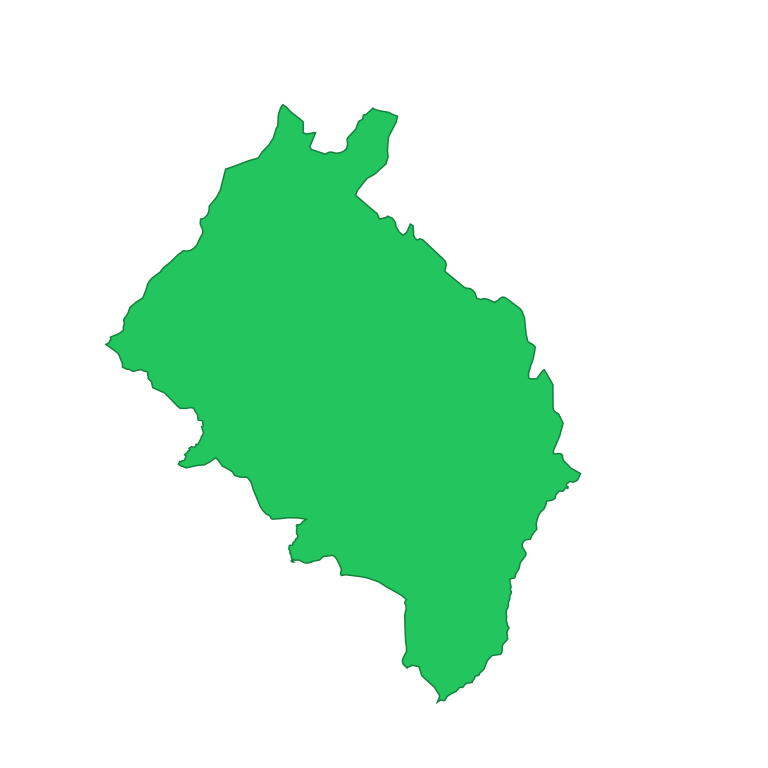 the district of Kapanga, Katanga, Democratic Republic of the Congo, rotated 217°
{"feature_id": "63176286B41140464701712", "entity_name": "Kapanga", "entity_type": "district", "adm_level": 2, "iso_a3": "COD", "parent_name": "Democratic Republic of the Congo", "parent_adm1": "Katanga", "projection": "orthographic", "projection_center": [22.662, -8.489], "detail": "fine", "context": "isolated", "style": "filled", "palette": "green", "viewbox_px": 768, "rotation_deg": 217, "n_neighbors": 0, "source": "geoboundaries", "source_scale": "gbopen_adm2", "svg_char_len": 6171}
<svg xmlns="http://www.w3.org/2000/svg" viewBox="0 0 768 768"><g transform="rotate(217 384 384)"><path d="M629.9,248.2L619.4,248.5L615.0,248.3L613.7,248.0L605.1,242.8L604.3,241.7L602.9,240.0L600.6,240.5L600.3,240.9L598.7,240.8L596.6,242.3L592.0,243.0L588.0,248.0L586.0,249.5L583.5,249.8L580.6,251.2L579.4,251.1L578.3,248.9L576.6,248.1L575.9,246.6L571.0,245.8L568.3,243.4L566.4,241.9L555.7,244.4L555.3,244.7L552.9,244.8L550.4,244.1L549.3,244.2L535.4,242.0L532.1,241.9L527.3,245.4L524.4,248.7L521.4,250.1L518.1,248.3L516.1,248.1L513.4,246.3L511.1,243.6L510.1,243.5L507.6,245.1L506.4,245.3L505.3,244.3L505.1,243.2L503.7,242.6L503.3,241.3L504.0,240.1L498.9,236.5L497.9,233.2L498.3,232.5L497.4,230.6L496.3,223.8L497.9,222.7L496.9,221.3L496.9,220.4L497.4,219.4L500.1,217.9L501.0,215.2L499.2,214.6L499.1,214.0L500.2,212.6L499.9,210.6L500.8,207.5L498.6,207.3L497.8,204.2L497.7,202.8L499.4,200.4L499.2,199.5L500.4,199.3L500.0,196.2L496.3,196.3L495.3,197.1L492.3,197.6L491.2,198.2L483.5,207.3L478.9,211.2L475.9,217.5L475.2,220.4L473.9,223.8L470.4,223.3L463.9,221.2L457.7,222.2L452.4,222.7L448.2,221.1L442.9,223.0L437.0,227.2L430.9,225.5L424.4,220.7L409.6,212.0L405.0,210.1L400.3,209.3L396.5,209.8L394.8,209.8L393.8,208.8L391.9,208.8L386.0,213.9L379.8,219.7L371.6,225.6L364.7,229.2L366.1,225.1L366.1,221.5L368.3,219.6L368.9,218.6L368.4,217.7L367.3,217.4L365.4,213.8L363.6,211.8L361.7,211.2L361.0,210.3L360.6,208.3L361.2,207.2L360.6,205.0L361.1,203.0L360.9,201.8L360.0,200.3L360.7,199.5L362.1,198.7L362.3,197.8L360.7,195.0L358.5,193.9L357.1,192.0L355.3,191.5L353.3,189.4L352.3,189.4L351.8,189.0L351.7,187.1L351.4,186.6L350.1,186.7L348.9,187.6L350.4,187.9L351.0,189.3L349.0,189.7L346.8,191.7L344.2,192.7L341.4,192.9L338.6,194.0L337.0,195.2L335.7,197.0L334.8,197.6L334.2,199.4L329.5,204.8L328.8,209.4L322.3,215.9L319.4,216.6L316.2,215.6L309.4,212.1L305.8,209.8L305.7,208.6L304.3,205.9L302.8,205.4L299.9,208.5L296.6,210.5L284.0,217.6L279.2,219.6L269.2,222.8L259.5,223.5L246.9,225.3L242.9,225.7L236.7,225.5L236.2,222.6L235.5,221.5L233.3,220.4L231.1,218.0L229.7,214.7L228.2,211.7L218.3,199.2L216.4,196.9L214.6,194.8L211.2,190.6L209.2,188.9L207.6,187.2L205.0,183.9L204.0,177.4L202.6,173.7L200.1,171.7L196.1,171.3L194.6,171.0L194.6,172.1L192.6,175.2L192.6,176.1L186.2,179.2L184.4,178.2L180.7,175.5L178.7,174.1L175.5,173.4L168.9,172.9L161.3,172.2L160.2,171.8L156.1,170.1L152.5,168.9L151.4,167.7L149.9,162.0L148.4,166.1L145.6,167.0L145.0,168.4L145.5,171.2L145.2,173.7L144.2,176.4L141.4,182.0L141.2,186.4L140.7,187.4L138.7,188.9L138.3,190.2L138.7,192.6L138.1,194.0L137.4,195.2L134.1,198.6L134.5,199.8L134.5,203.3L135.1,204.1L135.1,206.0L134.5,206.9L133.4,207.6L133.0,209.1L133.5,210.6L133.4,212.4L133.1,212.6L132.6,216.3L134.9,225.0L134.8,228.9L134.2,232.5L133.6,232.9L128.3,238.2L128.2,239.1L128.4,240.6L128.9,241.7L132.1,246.4L132.1,247.4L132.3,248.2L131.7,253.0L132.0,255.1L133.0,256.1L134.9,258.2L136.5,259.2L136.2,260.1L137.1,261.4L137.2,264.0L138.3,265.0L139.8,265.2L142.5,267.8L144.5,268.9L145.3,271.3L148.5,274.4L150.0,276.7L150.5,279.8L151.3,281.9L153.3,284.6L154.1,287.8L156.0,290.7L156.6,293.8L157.5,294.9L159.7,296.0L160.1,298.1L165.1,302.6L165.8,303.8L165.6,305.0L163.5,306.8L163.0,308.0L164.6,312.3L165.1,318.1L167.3,322.5L167.7,324.2L167.6,332.0L168.0,333.1L168.4,333.8L169.1,334.6L175.1,336.9L176.8,338.6L177.4,339.9L177.7,341.4L177.4,343.9L176.6,345.5L173.7,348.1L174.7,352.1L174.9,354.9L174.6,360.0L178.3,363.9L180.1,367.6L181.5,372.5L181.9,375.8L181.0,380.5L182.2,385.2L183.4,387.6L183.2,388.9L180.5,391.5L178.9,394.2L178.6,396.2L180.1,398.7L179.6,403.8L177.0,405.9L176.4,406.8L176.5,410.1L176.1,410.6L174.6,411.1L174.4,411.7L175.0,412.5L177.6,412.7L177.9,413.2L177.9,415.3L177.3,416.2L177.3,417.3L176.8,418.0L174.0,419.3L172.0,422.5L171.7,424.1L173.1,430.7L179.1,430.0L184.0,429.2L188.6,430.1L194.1,430.7L196.4,432.0L198.6,434.5L201.0,434.7L203.4,433.0L205.7,430.6L207.0,430.7L208.6,432.8L212.5,448.4L217.3,460.4L226.5,465.1L230.1,464.8L232.5,465.0L234.1,466.2L236.4,469.0L243.8,478.6L248.7,485.1L258.9,489.5L262.7,491.1L264.4,491.9L265.2,490.6L265.3,485.9L265.1,480.2L269.6,476.6L271.7,475.9L272.7,476.5L274.5,478.8L276.3,482.6L276.3,483.6L277.9,486.8L279.5,492.5L282.3,498.8L285.4,504.5L288.0,505.1L294.6,504.4L300.1,509.0L302.5,511.4L311.4,521.2L317.1,524.9L320.4,526.0L336.0,526.1L340.1,525.7L342.1,524.3L342.3,523.1L343.0,522.1L343.2,519.4L344.5,517.1L344.8,515.7L352.7,513.9L355.7,512.3L357.2,510.0L361.4,508.2L366.6,511.7L369.8,512.2L372.5,512.1L376.1,510.0L378.5,509.5L403.3,510.6L405.9,516.7L408.9,518.9L412.9,519.5L440.0,522.5L442.7,521.5L444.3,518.8L447.0,519.1L449.6,520.4L456.1,527.9L459.2,527.6L457.1,518.7L458.4,514.3L463.4,514.5L469.9,517.4L471.6,519.5L477.1,521.5L479.8,520.7L482.1,520.3L482.6,518.1L487.0,512.9L487.9,513.6L492.1,516.0L496.4,516.0L520.2,517.6L520.7,518.8L521.7,522.6L521.3,538.0L517.8,545.8L514.9,560.9L517.5,568.0L522.0,572.8L529.1,584.0L532.0,601.0L534.4,606.0L539.5,604.4L543.5,603.9L550.2,600.4L556.1,597.8L558.9,597.6L560.4,588.6L562.3,586.5L560.4,582.7L562.3,578.4L559.9,570.6L561.2,558.9L560.5,556.8L557.6,553.8L556.5,551.8L555.6,549.5L556.2,545.9L558.0,542.6L559.5,541.0L561.1,539.5L565.5,537.6L567.1,536.3L568.4,534.3L568.9,532.3L583.2,527.6L586.3,529.0L586.7,531.6L589.9,543.5L591.0,542.8L596.1,537.1L599.9,536.0L603.4,541.2L606.5,544.8L610.2,545.0L617.5,545.1L622.6,545.3L627.5,546.3L632.7,546.3L632.9,543.2L631.2,537.3L629.8,534.5L624.4,526.6L623.9,523.5L620.4,513.7L619.8,505.8L620.9,496.1L620.5,488.8L622.5,486.0L626.2,481.2L637.0,464.2L639.8,460.3L631.4,440.3L630.1,432.3L630.6,420.8L629.1,418.8L627.5,415.6L626.9,413.3L627.1,409.0L627.7,407.6L629.5,405.8L629.5,404.9L627.0,401.1L621.7,398.0L619.9,396.0L619.3,394.2L618.9,390.5L617.1,382.2L617.5,378.6L618.5,375.5L619.8,373.1L621.1,371.7L624.2,369.9L624.9,368.5L624.7,367.9L626.2,363.8L628.0,352.4L630.0,344.8L630.3,341.7L630.1,338.9L633.1,328.6L633.2,324.8L632.9,321.9L630.8,316.1L628.8,309.0L628.7,306.8L631.1,300.6L633.0,292.1L631.2,286.9L630.7,282.5L631.0,280.1L630.0,278.0L628.0,276.3L626.5,272.6L624.7,270.4L624.5,269.5L626.2,264.3L630.3,257.5L630.6,256.7L628.6,254.7L629.1,253.5L628.4,251.8L629.9,248.2Z" fill="#22c55e" stroke="#15803d" stroke-width="1.5"/></g></svg>